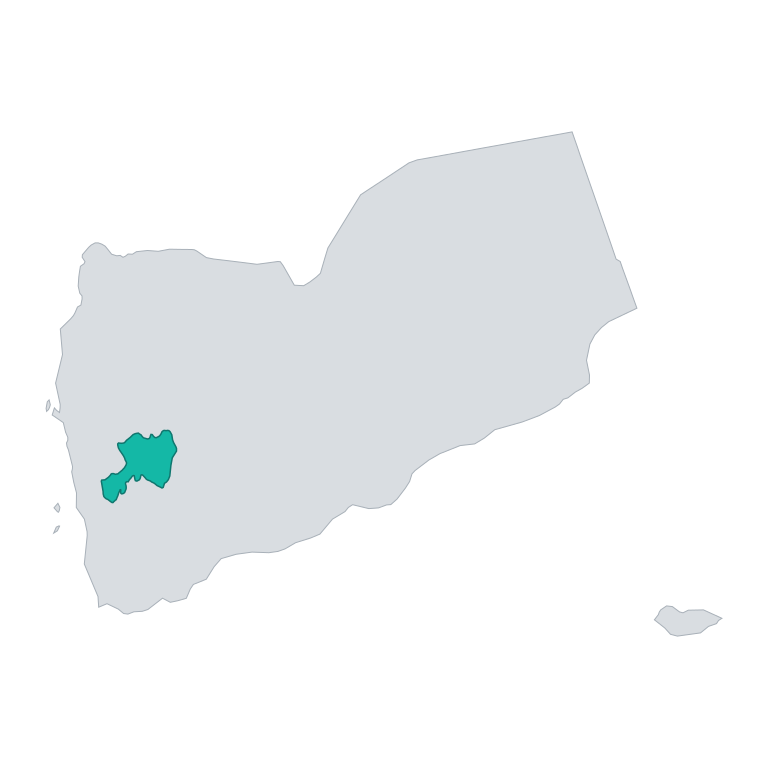 Dhamar on a map of Yemen (Equal Earth projection)
{"feature_id": "YEM-153", "entity_name": "Dhamar", "entity_type": "Governorate", "adm_level": 1, "iso_a3": "YEM", "parent_name": "Yemen", "parent_adm1": "", "projection": "equal_earth", "projection_center": [44.123, 14.553], "detail": "fine", "context": "in_parent", "style": "filled", "palette": "teal", "viewbox_px": 768, "rotation_deg": 0, "n_neighbors": 0, "source": "natural_earth", "source_scale": "10m", "svg_char_len": 4485}
<svg xmlns="http://www.w3.org/2000/svg" viewBox="0 0 768 768"><path d="M636.9,308.2L608.8,321.6L601.5,327.5L594.8,334.9L589.9,344.1L586.5,360.3L589.5,375.1L589.3,383.1L582.1,388.3L575.3,392.1L567.8,397.9L563.2,399.3L559.5,404.0L555.1,407.1L539.4,415.5L522.2,422.0L494.8,429.7L484.3,438.1L474.7,443.9L460.1,445.6L440.0,453.6L428.9,460.0L415.1,470.5L412.0,473.8L409.6,481.5L405.4,488.1L397.1,499.0L390.8,504.6L386.6,504.9L378.5,507.9L368.8,508.6L352.6,504.7L348.4,507.4L345.0,511.6L332.5,519.1L319.9,534.1L310.6,538.0L295.6,542.7L285.0,548.9L278.0,551.4L268.9,552.7L252.0,552.1L236.0,554.3L221.2,558.6L214.2,566.6L206.3,579.2L193.4,584.4L190.3,589.0L186.3,598.3L177.9,600.7L170.3,602.3L162.5,598.2L147.9,609.5L142.3,611.3L133.9,611.8L127.9,614.1L123.6,613.5L118.3,609.1L107.0,603.7L98.7,607.2L98.0,596.5L84.3,564.0L87.2,535.7L87.1,531.7L84.4,519.1L76.3,507.5L76.5,492.9L73.8,482.5L71.7,471.8L72.4,468.9L72.5,466.3L68.4,449.8L67.0,446.4L66.5,443.0L67.8,440.3L67.8,437.3L65.6,432.2L63.3,422.6L52.2,415.0L54.4,407.9L56.6,410.4L59.5,412.5L60.1,407.9L60.2,404.5L55.6,383.1L62.5,354.6L60.3,329.0L70.8,318.7L73.5,315.5L75.0,312.8L77.5,307.0L80.9,305.1L82.1,298.9L82.0,295.9L79.8,293.2L78.2,286.1L78.8,277.0L79.3,273.2L80.4,266.3L84.1,263.7L85.0,261.6L82.2,257.3L82.4,254.7L88.7,247.3L91.1,245.1L95.1,242.9L98.3,242.9L101.9,244.2L105.2,246.2L108.3,250.0L111.6,254.2L116.7,255.8L120.2,255.4L123.0,257.3L125.4,256.2L128.1,254.0L132.5,254.2L136.4,251.7L147.5,250.5L158.3,251.3L169.5,249.2L180.6,249.4L191.9,249.5L194.4,249.8L196.9,251.1L206.4,257.6L213.6,259.0L228.1,260.7L243.6,262.6L257.0,264.3L268.3,262.8L277.8,261.5L280.3,261.7L283.2,265.7L288.9,275.7L294.3,285.2L303.7,285.7L309.7,282.1L316.3,277.1L320.4,273.3L324.9,257.9L327.9,248.0L334.8,236.8L340.5,227.5L348.1,215.1L352.3,208.3L360.6,194.8L368.6,189.5L384.0,179.4L399.1,169.4L408.9,162.9L417.2,159.9L431.3,157.4L447.8,154.4L464.3,151.4L481.9,148.2L501.5,144.7L515.0,142.2L532.1,139.1L546.4,136.5L559.0,134.3L572.1,131.9L574.7,139.4L577.3,146.8L579.8,154.3L582.4,161.8L585.0,169.3L587.6,176.8L590.2,184.3L592.8,191.7L595.4,199.2L598.0,206.7L600.6,214.2L603.2,221.7L605.8,229.2L608.4,236.7L611.0,244.2L613.6,251.8L616.1,259.1L620.2,261.5L622.6,268.5L626.2,278.4L629.8,288.3L633.3,298.2L636.9,308.2ZM679.5,611.9L683.0,612.8L688.3,610.2L703.5,609.9L721.9,618.3L718.5,620.5L716.5,623.6L708.5,626.4L700.5,632.9L677.4,636.1L670.5,634.3L664.8,628.0L654.4,619.8L658.4,614.6L659.2,612.2L660.7,609.9L666.6,605.9L672.4,606.6L679.5,611.9ZM59.3,510.5L58.5,512.2L57.5,511.8L54.0,507.8L57.9,503.3L59.9,507.4L59.3,510.5ZM48.4,409.7L46.6,411.4L46.1,408.4L47.3,401.8L49.1,399.9L50.3,404.8L49.5,407.5L48.4,409.7ZM57.4,530.8L53.7,533.1L56.3,527.1L58.9,525.9L59.6,526.1L57.4,530.8Z" fill="#d9dde1" stroke="#a8b0b8" stroke-width="1"/><path d="M112.2,502.6L111.1,502.0L107.9,499.5L106.2,498.8L104.9,497.7L103.9,496.6L103.2,494.0L103.1,491.5L101.3,481.1L101.7,480.1L102.8,480.0L104.1,479.9L105.0,479.8L108.4,477.3L110.4,475.2L110.9,474.2L111.9,473.6L113.6,473.6L114.8,474.1L115.7,474.3L116.5,474.0L117.1,474.0L118.1,473.7L118.9,472.9L122.4,470.0L123.4,468.8L124.4,467.8L126.1,464.9L126.6,463.0L126.1,461.6L125.2,460.0L124.6,458.0L123.4,455.7L119.7,450.3L118.4,447.9L117.8,445.3L117.7,443.9L118.5,443.0L121.2,443.3L123.4,443.1L124.6,442.6L126.6,440.2L127.7,439.4L128.8,438.5L130.1,437.5L133.1,434.6L135.1,433.7L136.9,433.3L138.4,433.1L139.5,434.0L141.0,434.8L142.1,436.4L143.4,437.8L147.7,439.0L149.4,438.4L150.2,436.9L150.5,435.5L151.0,434.4L152.3,434.6L153.4,436.2L154.8,437.5L156.3,437.7L158.7,436.5L159.8,435.7L161.1,433.7L162.0,431.7L163.4,430.6L164.6,430.4L166.1,430.7L167.4,430.4L168.9,430.6L170.1,431.7L171.8,434.8L172.6,439.9L173.6,442.6L175.9,446.8L176.5,448.5L176.5,451.1L172.3,457.8L170.9,465.3L169.8,476.0L168.4,479.6L166.5,482.0L164.5,483.3L163.2,487.4L162.0,488.0L161.4,487.7L160.3,487.1L157.1,485.6L154.5,483.4L153.2,482.7L151.6,482.0L150.4,481.0L147.6,480.0L146.3,479.2L145.2,477.8L142.8,475.2L141.9,474.8L141.2,474.9L140.6,476.3L140.5,477.3L140.1,478.5L139.4,479.8L136.9,481.1L135.4,480.7L135.0,479.7L134.2,475.7L133.4,475.5L132.3,476.1L131.0,478.0L129.4,479.7L128.2,481.8L127.6,481.7L126.8,481.7L125.9,482.3L125.5,483.0L125.6,484.3L126.0,485.5L126.2,487.2L126.1,488.9L124.6,492.6L123.3,493.5L121.8,493.9L120.9,493.4L120.6,492.0L120.8,490.4L120.6,489.7L120.1,489.8L119.7,490.9L118.8,492.6L117.8,495.8L117.1,497.3L116.2,499.7L115.3,500.2L114.6,501.0L113.8,501.6L113.1,502.5L112.2,502.6Z" fill="#14b8a6" stroke="#0f766e" stroke-width="1.5"/></svg>